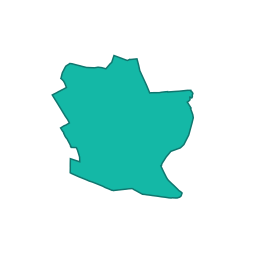 the district of Viļaka, Vilakas, Latvia, rotated 55°
{"feature_id": "27541924B91714701544893", "entity_name": "Viļaka", "entity_type": "district", "adm_level": 2, "iso_a3": "LVA", "parent_name": "Latvia", "parent_adm1": "Vilakas", "projection": "natural_earth1", "projection_center": [27.684, 57.187], "detail": "fine", "context": "isolated", "style": "filled", "palette": "teal", "viewbox_px": 256, "rotation_deg": 55, "n_neighbors": 0, "source": "geoboundaries", "source_scale": "gbopen_adm2", "svg_char_len": 3258}
<svg xmlns="http://www.w3.org/2000/svg" viewBox="0 0 256 256"><g transform="rotate(55 128 128)"><path d="M169.8,176.8L169.9,176.7L170.1,176.5L170.3,176.3L170.5,176.1L170.7,175.9L170.9,175.8L171.5,174.6L173.8,170.4L176.1,166.2L177.2,164.2L178.3,162.1L179.1,160.8L179.9,159.5L180.0,159.4L180.7,158.9L181.8,158.5L184.7,157.0L186.4,156.2L189.2,154.8L190.6,154.1L192.2,152.2L193.3,151.1L194.1,150.2L195.9,148.2L197.2,146.9L200.6,143.1L203.7,139.9L205.9,137.4L208.7,134.5L209.5,133.5L210.0,132.9L210.4,132.2L210.7,131.5L211.6,130.5L212.5,129.3L213.6,127.7L213.7,127.4L213.8,126.9L214.3,125.3L214.2,124.1L214.1,123.5L213.2,122.2L212.7,121.7L212.3,121.0L211.8,121.1L211.3,121.2L210.7,121.3L210.1,121.5L209.9,121.6L209.4,121.8L209.2,121.9L208.9,122.0L208.5,122.2L207.8,122.3L207.1,122.4L205.9,122.6L201.1,123.5L198.9,124.0L194.8,124.8L194.4,124.9L193.1,125.0L191.6,125.0L191.2,124.9L190.8,124.9L190.2,124.9L189.9,124.8L187.9,124.5L184.5,124.0L182.1,123.6L177.8,122.8L177.8,122.6L177.8,121.9L176.7,120.8L173.6,113.3L171.7,106.3L174.3,96.5L174.0,94.1L173.6,91.7L171.1,87.0L168.6,82.3L160.7,72.8L159.8,71.8L157.1,68.7L154.5,67.4L152.1,66.7L147.9,65.6L147.8,64.9L147.5,64.9L141.0,64.6L140.8,64.6L140.8,63.5L140.8,63.0L140.7,62.2L140.6,61.6L140.5,61.2L140.2,60.9L139.8,60.5L139.2,60.2L138.6,59.9L138.3,59.7L138.2,59.6L138.3,59.5L138.5,59.3L138.8,59.1L139.3,58.9L139.6,58.7L139.8,58.7L139.9,58.4L139.7,58.0L139.4,57.5L139.1,57.2L138.0,56.5L137.5,56.1L137.4,55.8L137.3,55.4L137.0,55.1L136.8,55.0L136.0,54.9L135.2,54.9L134.8,55.0L134.4,55.0L134.2,55.1L134.1,55.3L133.2,54.9L131.3,57.6L127.2,65.0L124.8,68.9L122.6,72.6L121.3,74.8L121.1,74.8L120.9,74.7L119.4,77.3L118.0,79.9L117.5,81.0L117.0,82.1L112.6,88.5L111.7,90.1L103.5,88.3L90.2,85.9L89.8,85.8L87.9,85.5L82.7,83.3L76.5,81.0L73.2,86.9L72.8,87.1L72.5,89.2L72.4,89.6L71.8,90.2L60.6,97.9L64.9,103.7L65.1,105.2L65.1,105.5L66.2,109.7L66.8,112.1L66.5,112.4L63.4,115.0L61.0,117.7L59.5,120.9L57.5,123.5L56.9,124.3L54.6,127.3L51.3,130.2L49.7,131.5L46.6,134.2L43.5,136.8L42.8,137.5L42.2,138.2L42.0,138.4L41.8,138.6L41.8,138.8L41.8,139.0L41.8,140.5L41.7,141.9L41.7,142.7L41.7,143.5L42.5,145.2L43.4,146.9L43.5,147.0L44.3,148.6L45.1,150.1L45.6,150.7L46.1,151.3L48.6,154.1L48.9,154.6L50.2,154.2L51.0,154.1L51.6,154.0L52.4,153.9L52.9,153.9L54.8,154.1L55.7,154.3L59.5,155.2L59.1,159.0L58.8,160.7L58.6,162.9L58.5,163.1L58.3,164.8L58.2,166.1L58.0,167.5L57.7,169.4L57.5,171.1L60.9,171.3L64.3,171.5L64.8,171.5L65.2,171.5L70.1,171.8L75.0,172.1L76.5,172.2L78.1,172.3L78.9,172.4L79.7,172.4L82.3,172.6L86.2,172.6L90.2,173.1L90.0,176.9L89.5,179.2L89.3,183.2L91.2,183.3L92.9,183.4L94.7,183.3L95.4,183.7L96.5,183.9L97.2,184.0L97.7,184.1L98.1,184.2L98.5,184.2L98.9,184.3L99.5,184.3L100.1,184.3L100.6,184.3L100.9,184.3L101.0,184.3L101.2,184.2L102.1,184.2L105.4,184.6L108.7,185.0L108.8,185.1L110.3,185.3L110.3,185.6L110.8,185.6L111.3,185.7L112.8,183.7L114.3,181.7L114.9,181.6L115.3,181.7L116.1,181.9L116.9,182.0L120.4,183.1L124.0,184.3L126.0,185.6L128.0,186.9L127.9,187.0L120.1,192.8L124.2,195.8L126.9,197.7L127.1,197.8L131.5,201.0L133.1,200.2L139.8,196.2L145.9,192.2L149.2,190.2L150.5,189.2L151.8,188.2L156.5,185.1L161.3,182.0L162.5,181.4L163.7,180.8L166.7,178.8L169.8,176.9L169.8,176.8Z" fill="#14b8a6" stroke="#0f766e" stroke-width="1.5"/></g></svg>